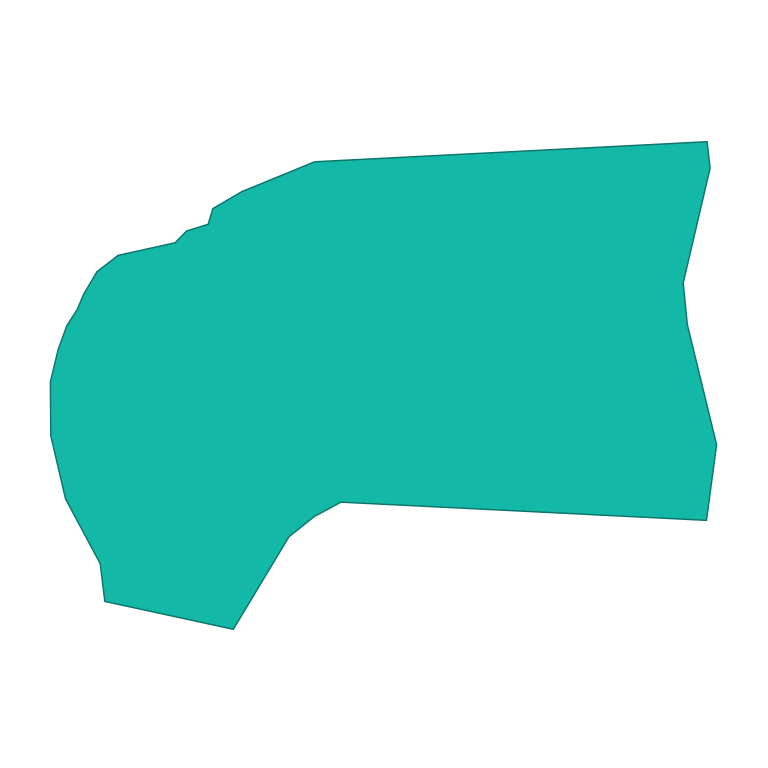 Princes Town, Equal Earth projection, rotated 271°
{"feature_id": "TTO-57", "entity_name": "Princes Town", "entity_type": "Region", "adm_level": 1, "iso_a3": "TTO", "parent_name": "Trinidad and Tobago", "parent_adm1": "", "projection": "equal_earth", "projection_center": [-61.291, 10.201], "detail": "fine", "context": "isolated", "style": "filled", "palette": "teal", "viewbox_px": 768, "rotation_deg": 271, "n_neighbors": 0, "source": "natural_earth", "source_scale": "10m", "svg_char_len": 499}
<svg xmlns="http://www.w3.org/2000/svg" viewBox="0 0 768 768"><g transform="rotate(271 384 384)"><path d="M631.9,702.8L605.6,706.3L490.3,681.4L448.9,686.2L329.2,717.6L253.3,708.8L265.1,342.9L250.4,316.8L229.7,291.7L136.1,237.6L161.7,108.7L199.4,103.4L263.6,67.6L326.6,51.7L380.4,50.4L413.1,57.7L437.1,66.0L453.2,76.0L468.4,82.1L491.3,95.1L508.0,116.0L521.6,172.7L533.6,184.0L540.6,205.4L556.4,209.8L573.9,238.6L605.0,310.8L631.9,702.8Z" fill="#14b8a6" stroke="#0f766e" stroke-width="1.5"/></g></svg>